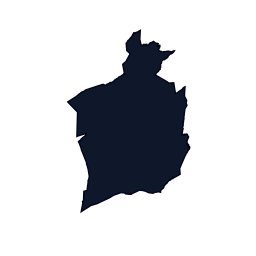 Elverum nor, Hedmark, Norway, rotated 292°
{"feature_id": "86288312B6884926742190", "entity_name": "Elverum nor", "entity_type": "district", "adm_level": 2, "iso_a3": "NOR", "parent_name": "Norway", "parent_adm1": "Hedmark", "projection": "robinson", "projection_center": [11.871, 60.973], "detail": "fine", "context": "isolated", "style": "filled", "palette": "ink", "viewbox_px": 256, "rotation_deg": 292, "n_neighbors": 0, "source": "geoboundaries", "source_scale": "gbopen_adm2", "svg_char_len": 5655}
<svg xmlns="http://www.w3.org/2000/svg" viewBox="0 0 256 256"><g transform="rotate(292 128 128)"><path d="M104.6,193.6L109.5,191.2L110.2,191.0L123.3,191.3L123.9,191.2L124.2,191.2L124.4,191.5L124.7,191.6L126.1,191.3L127.0,191.8L127.6,192.0L128.0,191.9L129.4,192.1L129.6,192.2L130.0,191.8L130.3,191.9L130.9,192.5L131.4,192.7L131.8,192.7L131.9,192.4L132.4,192.2L132.9,192.5L133.7,192.0L133.8,191.4L133.6,191.2L133.6,190.9L133.2,190.4L134.3,190.4L134.7,190.6L135.1,190.4L135.0,189.9L134.9,189.8L135.3,189.5L135.4,189.3L135.2,188.9L135.5,188.8L135.7,189.0L136.0,189.0L136.2,188.4L136.6,188.3L137.4,187.7L138.0,187.6L138.7,187.6L139.5,187.5L142.4,187.5L142.7,187.1L142.7,186.7L144.0,185.7L143.9,185.5L144.2,185.1L143.8,184.8L143.8,184.5L144.0,184.2L143.7,184.1L143.4,183.4L143.5,183.2L143.3,182.9L143.3,182.7L142.4,182.6L142.4,182.2L142.2,182.1L142.3,181.7L142.5,181.5L142.1,181.3L142.2,181.1L141.9,180.8L142.5,180.3L143.1,180.3L143.5,180.1L144.8,179.9L145.6,179.6L148.0,179.3L148.0,179.1L148.5,178.7L149.2,178.3L151.5,178.1L152.0,177.5L153.2,177.4L153.8,177.2L154.0,177.0L154.5,177.1L154.6,176.9L155.0,176.7L155.5,176.8L156.2,176.6L156.8,176.2L157.2,176.3L157.5,176.5L157.7,176.3L157.6,176.1L166.5,173.7L167.2,173.6L169.4,173.8L171.1,174.1L173.2,172.3L174.1,172.3L175.5,172.0L178.5,168.5L181.0,167.5L187.5,165.4L187.2,165.1L186.8,164.8L186.4,164.6L186.2,164.4L185.1,164.0L184.9,164.3L184.7,164.3L184.4,163.9L183.3,163.3L182.5,162.6L181.7,162.3L181.6,162.0L180.4,161.2L179.6,160.9L178.4,159.9L178.2,159.4L177.8,159.0L187.0,153.4L184.9,149.1L185.5,146.9L187.4,133.3L188.2,133.6L188.8,133.4L189.1,133.6L189.7,133.6L190.3,134.0L190.8,134.1L190.9,134.3L191.3,134.5L191.6,134.8L192.6,135.0L193.0,134.9L193.5,135.0L193.7,135.3L194.0,135.6L194.4,135.8L195.1,135.4L196.4,135.5L197.1,135.0L197.3,135.1L197.8,134.9L198.4,134.8L198.8,134.5L198.8,134.4L200.0,134.3L200.5,134.6L200.8,134.6L201.9,134.3L202.8,134.2L203.2,134.4L203.6,134.7L204.3,134.9L204.6,135.2L204.9,135.4L204.8,135.6L205.1,136.0L205.1,136.3L205.6,136.4L206.3,136.7L206.4,137.0L206.7,137.0L207.4,137.8L208.0,137.9L208.4,138.2L209.1,138.4L209.4,138.3L210.4,138.3L210.9,138.8L211.5,139.0L212.6,139.6L213.1,140.1L213.1,140.5L213.6,140.7L213.7,140.9L214.3,141.0L214.8,141.5L215.4,141.7L215.7,141.7L216.2,141.5L216.4,142.0L216.9,142.1L216.8,141.7L216.2,141.0L215.4,140.6L215.1,140.3L214.9,139.4L214.7,139.0L214.6,137.9L214.2,137.3L214.4,136.7L213.6,135.6L213.7,135.4L213.3,135.0L213.2,134.7L212.7,134.1L212.4,133.4L212.4,132.9L212.3,132.7L211.9,132.6L211.8,132.1L211.6,131.9L211.3,131.4L211.2,130.9L211.5,130.0L211.3,129.6L211.2,128.7L211.3,127.9L211.5,127.3L212.0,127.0L212.4,127.0L212.9,126.8L214.2,127.2L215.1,126.9L215.7,127.0L215.9,127.0L216.0,126.8L216.5,126.4L216.0,126.0L215.6,125.3L215.2,125.0L215.6,124.9L216.0,124.5L216.3,124.5L216.7,124.3L217.2,124.5L217.5,124.3L217.5,123.9L217.1,123.7L217.4,123.3L217.2,122.8L217.0,121.5L217.5,120.3L217.8,119.3L216.7,118.8L216.8,118.3L216.0,118.0L215.9,117.8L215.6,117.7L215.6,117.4L215.1,117.1L215.2,116.8L214.9,116.8L214.8,116.6L214.4,116.7L214.5,116.5L214.5,116.4L214.0,116.2L213.7,116.2L213.1,116.0L212.5,116.2L211.9,115.7L212.2,115.3L212.1,115.1L212.4,114.2L212.5,114.1L211.9,113.8L212.1,113.6L211.6,113.2L211.8,112.9L211.3,112.7L211.2,112.2L211.3,111.8L211.5,111.8L211.6,111.5L210.5,111.3L210.4,110.4L210.1,110.1L209.8,110.0L209.8,109.7L209.4,109.3L214.6,105.7L223.0,102.8L221.9,101.9L220.7,101.2L220.3,100.5L219.5,99.6L218.7,98.9L218.3,98.8L218.2,98.6L218.3,98.5L218.1,98.4L218.4,98.1L218.5,97.8L218.4,97.7L217.5,97.7L217.0,97.7L216.2,97.7L216.3,97.4L215.9,97.3L215.6,97.4L215.5,97.5L215.0,97.5L214.6,97.3L214.1,97.4L213.8,97.1L212.7,96.7L212.4,96.8L212.2,96.5L211.5,96.3L211.1,96.3L210.9,96.1L210.3,96.0L209.4,95.5L208.8,95.4L208.6,95.1L207.5,95.2L205.9,94.6L199.3,97.9L199.1,98.7L197.7,102.2L189.8,101.3L189.4,101.6L187.0,100.2L186.2,99.9L185.8,99.6L185.6,99.7L184.9,99.4L176.6,104.7L176.4,104.6L176.4,104.4L176.6,104.1L176.6,103.8L175.7,103.7L175.1,103.5L174.9,103.3L175.1,103.2L174.2,102.6L174.2,102.4L172.4,101.6L172.4,101.4L172.2,101.3L172.3,101.2L172.1,101.1L172.1,100.9L171.3,100.5L171.4,100.4L170.8,100.2L170.3,99.7L169.8,99.6L169.4,99.0L168.4,98.6L168.0,98.0L166.2,97.3L165.7,97.0L165.2,96.7L164.5,96.4L164.3,96.2L164.1,95.7L163.8,95.2L163.4,94.9L163.5,94.6L163.4,94.3L162.9,94.2L162.4,93.8L162.2,93.6L161.6,93.3L161.5,93.0L160.8,92.4L160.8,92.2L160.4,92.1L159.1,91.2L159.1,88.5L155.0,83.5L147.7,74.9L147.5,74.7L147.2,74.4L146.7,74.5L146.7,74.3L146.6,74.1L145.6,73.6L145.2,73.0L144.7,72.7L144.1,71.8L143.5,71.6L142.7,70.9L141.9,70.6L140.6,69.6L140.0,69.5L137.9,68.3L129.6,62.4L123.9,75.3L101.1,83.8L102.1,84.7L102.3,84.8L102.4,85.2L107.1,90.9L106.5,91.4L106.1,91.1L105.5,91.7L101.9,89.5L100.4,88.9L100.2,88.7L99.0,88.8L98.5,88.6L98.8,88.4L98.3,88.0L97.6,87.8L97.0,87.2L91.4,92.5L91.1,92.4L80.6,102.4L78.7,103.4L77.5,104.6L76.7,105.1L75.1,106.4L68.6,110.3L67.3,110.5L66.7,110.7L64.3,110.8L63.7,110.9L62.4,111.6L61.0,111.8L60.6,112.0L59.8,112.1L54.8,113.5L52.8,110.9L51.4,111.3L43.8,114.1L43.2,113.5L42.9,113.4L41.7,114.2L41.1,114.4L33.0,116.0L42.1,122.4L46.4,127.7L57.4,137.8L57.9,138.0L60.4,139.9L65.5,145.7L66.0,147.5L66.3,147.6L66.4,148.0L66.4,150.1L66.1,150.6L67.5,155.2L68.0,155.7L68.0,155.9L68.3,155.9L74.6,161.8L75.6,165.0L75.7,165.7L76.0,168.3L75.8,171.4L76.8,175.1L77.1,175.8L78.4,176.9L80.3,180.2L80.5,180.8L80.6,182.2L82.4,181.6L85.7,183.3L88.0,183.2L91.1,184.4L91.8,184.9L93.0,185.0L95.3,186.0L95.3,186.3L95.8,186.6L95.7,186.8L95.8,186.9L96.3,186.9L96.8,187.2L97.7,187.7L98.6,187.9L98.3,188.2L98.8,188.3L98.7,188.6L98.8,188.7L98.7,188.8L99.0,188.9L99.4,189.4L104.6,193.6Z" fill="#0f172a" stroke="#020617" stroke-width="1.5"/></g></svg>